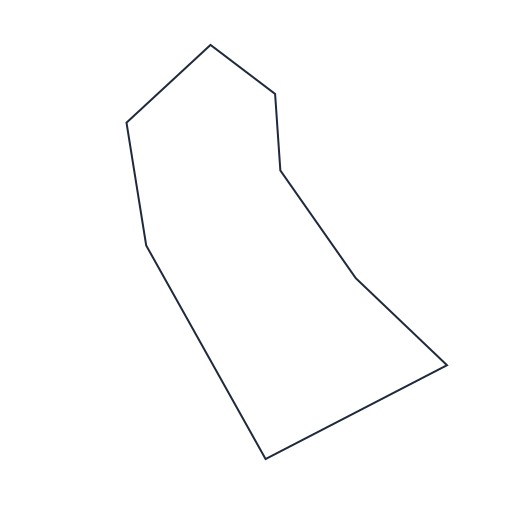 Jersey, Equal Earth projection, rotated 235°
{"feature_id": "JEY", "entity_name": "Jersey", "entity_type": "country or territory", "adm_level": 0, "iso_a3": "JEY", "parent_name": "Europe", "parent_adm1": "", "projection": "equal_earth", "projection_center": [-2.1, 49.218], "detail": "fine", "context": "isolated", "style": "outline", "palette": "slate", "viewbox_px": 512, "rotation_deg": 235, "n_neighbors": 0, "source": "natural_earth", "source_scale": "50m", "svg_char_len": 272}
<svg xmlns="http://www.w3.org/2000/svg" viewBox="0 0 512 512"><g transform="rotate(235 256 256)"><path d="M439.5,226.4L455.0,339.8L377.8,364.6L312.1,325.0L180.6,325.0L57.0,349.8L84.2,147.4L327.6,172.1L439.5,226.4Z" fill="none" stroke="#1e293b" stroke-width="2"/></g></svg>